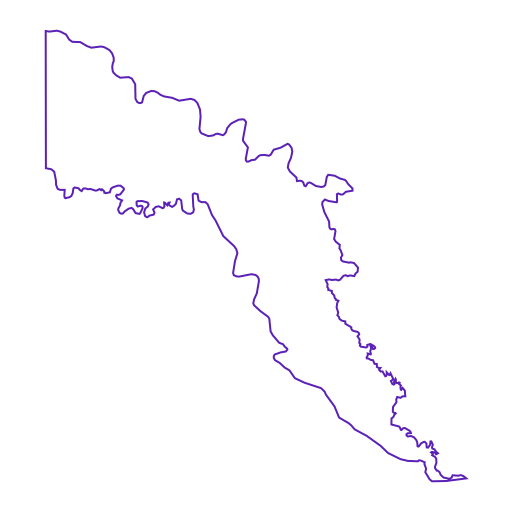 outline of Maraã, Amazonas, Brazil
{"feature_id": "56859067B97723118399656", "entity_name": "Maraã", "entity_type": "district", "adm_level": 2, "iso_a3": "BRA", "parent_name": "Brazil", "parent_adm1": "Amazonas", "projection": "orthographic", "projection_center": [-64.765, -2.613], "detail": "fine", "context": "isolated", "style": "outline", "palette": "violet", "viewbox_px": 512, "rotation_deg": 0, "n_neighbors": 0, "source": "geoboundaries", "source_scale": "gbopen_adm2", "svg_char_len": 6055}
<svg xmlns="http://www.w3.org/2000/svg" viewBox="0 0 512 512"><path d="M294.9,378.2L304.7,382.8L321.0,388.1L324.7,391.7L325.9,394.6L334.5,406.4L339.1,417.6L348.7,423.2L351.2,425.3L354.7,429.4L366.6,435.8L380.7,445.9L388.0,453.0L400.4,459.1L407.8,460.9L417.9,461.3L419.0,460.3L420.6,460.5L424.7,462.3L424.4,464.0L426.1,468.7L425.3,472.2L429.6,479.3L432.0,481.3L446.1,481.0L466.3,478.4L463.3,476.0L460.7,475.1L458.4,475.7L452.6,475.3L451.6,477.7L449.2,478.8L443.5,477.5L440.7,474.9L439.5,472.1L437.5,470.5L436.7,470.6L435.1,468.2L435.0,466.8L436.4,462.9L436.2,458.7L434.9,456.8L432.1,455.2L432.9,454.0L431.1,452.4L431.9,451.9L434.9,452.5L436.1,454.3L437.9,453.3L435.7,451.3L434.6,449.4L432.3,448.5L432.0,447.3L432.8,444.7L431.3,441.4L430.5,441.4L430.1,444.8L428.1,447.6L426.7,447.4L426.4,443.5L424.8,441.8L423.7,441.9L421.1,443.4L418.8,446.4L418.2,446.6L417.5,446.2L417.3,442.7L416.4,440.2L414.2,437.5L411.2,436.0L407.8,436.5L406.5,435.3L406.5,434.1L407.6,433.3L410.9,433.1L410.4,431.6L409.5,430.7L404.8,428.0L403.0,428.3L401.5,430.0L400.8,429.8L399.8,427.3L398.8,426.4L391.4,424.5L391.5,418.5L393.4,416.9L394.4,414.7L395.7,413.4L395.3,412.9L393.6,412.7L392.8,411.6L393.0,407.0L396.5,402.1L396.2,399.7L397.2,397.0L400.6,397.8L402.7,396.3L405.3,396.3L404.8,390.6L402.6,387.9L401.2,389.9L400.8,389.6L400.4,387.3L400.9,385.4L399.2,384.2L399.7,382.8L399.0,382.4L397.0,383.2L396.3,382.9L395.7,381.7L395.9,379.6L395.5,378.8L394.0,381.9L394.5,384.0L393.8,384.6L392.3,383.9L390.9,381.0L393.0,379.5L393.1,378.7L390.5,373.3L389.8,374.9L389.2,375.1L386.7,372.3L386.8,374.7L385.9,376.2L385.3,376.3L382.5,371.4L380.7,371.5L379.1,369.8L380.3,368.0L378.9,368.1L376.9,366.9L376.8,364.0L374.5,363.8L373.0,360.2L370.7,359.9L368.4,358.5L366.8,358.4L366.6,357.4L367.8,355.3L367.7,353.5L370.6,354.4L370.9,353.9L370.2,351.3L371.1,348.4L372.0,347.3L373.0,349.0L374.2,348.9L375.2,348.0L374.7,346.7L373.1,345.5L370.9,347.1L370.5,345.9L371.8,344.8L370.5,344.0L367.3,344.9L367.4,346.7L366.2,347.5L361.0,346.7L359.8,345.6L360.4,344.1L359.3,343.0L359.6,339.5L357.5,336.3L359.2,334.4L358.8,333.0L357.5,331.9L353.4,330.9L352.1,330.1L351.3,328.8L351.3,327.3L345.3,323.7L345.3,321.4L341.9,320.7L339.5,318.9L338.8,316.7L337.4,315.3L338.2,312.5L336.6,307.5L337.2,303.1L338.4,300.8L335.8,299.8L335.7,298.9L334.7,298.0L334.2,295.4L331.9,293.1L331.9,291.0L328.2,289.9L328.4,288.5L327.3,287.2L327.6,284.2L325.7,280.1L329.3,279.4L331.8,280.0L336.0,279.6L338.3,280.4L340.1,279.7L343.5,275.8L345.8,275.2L347.6,276.2L350.0,275.4L354.3,276.1L355.4,273.7L357.6,271.7L358.0,267.6L354.0,263.0L350.5,262.3L349.2,262.7L342.8,261.4L341.2,260.1L341.0,257.5L342.4,255.0L340.5,250.0L339.4,248.5L339.8,244.9L335.8,241.7L334.1,239.0L335.5,231.1L334.8,229.3L333.2,228.9L331.7,229.4L330.2,228.8L329.4,227.3L329.1,221.6L324.2,211.7L322.1,204.1L322.5,202.0L324.9,199.5L328.5,201.0L336.5,202.3L337.1,201.9L336.9,194.2L338.2,193.5L341.1,194.6L343.1,194.3L345.8,191.8L352.5,190.7L352.5,188.5L348.1,184.0L346.2,181.1L344.9,179.9L340.0,178.5L334.6,175.7L328.2,174.8L326.8,176.9L325.3,185.1L323.7,186.5L321.3,187.0L315.9,186.0L310.6,182.8L309.1,182.5L307.6,183.2L305.8,186.2L304.4,185.7L303.2,182.4L301.9,181.2L300.4,180.7L297.0,181.1L296.4,177.5L289.9,171.5L287.8,167.6L288.5,163.4L291.0,157.8L292.3,151.7L291.6,147.9L289.2,144.6L287.6,143.8L280.6,147.7L273.7,149.7L270.7,154.7L268.9,155.7L264.3,154.9L260.4,155.2L258.7,156.0L255.0,159.7L251.6,160.1L248.3,161.6L246.8,161.6L245.8,160.1L245.8,158.6L247.9,147.4L243.2,141.0L242.9,139.5L246.1,122.1L244.3,119.7L242.7,119.3L238.7,119.7L231.7,123.2L230.0,124.6L227.1,128.3L226.0,132.1L224.2,134.4L222.9,135.2L217.8,133.7L216.0,133.9L213.0,135.5L208.2,136.1L201.6,133.4L200.4,132.1L199.4,129.1L200.6,116.8L200.0,109.5L197.4,103.0L194.5,100.0L190.8,98.8L179.2,100.7L172.1,97.8L164.0,96.4L160.4,94.8L157.9,92.8L154.9,91.3L151.4,90.9L146.2,92.9L143.7,96.0L142.1,102.3L140.7,103.1L138.9,102.9L137.3,102.1L135.5,98.9L135.2,84.2L131.9,78.6L128.7,77.1L120.2,77.7L116.3,75.4L113.5,72.7L112.7,71.0L112.2,66.9L112.9,62.9L113.7,61.4L113.7,57.7L112.1,53.4L109.5,50.1L104.9,47.5L102.5,46.7L100.0,46.6L91.3,47.7L86.8,46.0L80.3,42.1L72.3,41.8L69.2,39.6L66.0,34.5L60.4,31.6L56.9,30.7L49.5,31.6L45.7,31.0L45.9,168.2L51.4,169.3L54.2,171.7L55.9,180.3L56.1,184.9L57.7,188.9L60.2,189.9L64.7,189.9L64.3,195.9L64.8,197.7L65.5,198.2L69.7,197.1L71.3,196.0L72.7,193.1L73.4,188.4L74.5,187.5L78.4,188.2L79.9,190.0L81.6,191.1L83.4,188.5L85.4,188.4L87.8,189.2L90.6,189.0L95.4,190.6L96.8,190.5L99.4,189.1L101.1,190.1L101.5,189.3L102.2,189.4L104.3,191.5L104.3,192.7L105.8,193.2L109.9,192.3L110.9,188.8L112.5,187.5L117.5,185.7L120.5,185.7L123.6,188.1L124.0,189.1L123.5,190.2L120.3,194.3L118.5,194.9L116.8,194.7L116.0,196.0L117.4,198.4L122.1,200.4L120.4,203.0L120.1,205.2L118.3,208.5L118.2,210.1L119.6,212.9L121.3,213.7L122.9,213.5L124.7,211.4L128.6,208.7L131.6,207.9L133.1,209.1L135.6,213.1L139.3,213.9L140.0,213.5L142.5,208.5L142.6,206.8L142.0,206.0L140.8,205.7L137.6,206.5L136.7,205.2L136.5,202.0L137.3,201.2L142.1,201.0L147.6,202.5L148.6,204.3L147.8,206.5L145.3,208.5L144.1,212.3L145.0,215.9L146.8,217.2L147.7,217.1L149.2,215.7L153.7,214.6L154.5,212.7L153.1,209.4L155.8,206.9L158.7,206.3L162.7,208.2L163.6,207.8L164.4,206.3L164.1,202.5L164.8,202.6L167.2,205.3L168.4,202.7L169.5,202.6L168.7,204.2L169.3,205.3L172.1,206.9L174.1,205.7L175.9,203.8L177.0,199.4L179.1,198.7L181.2,200.4L182.2,209.1L182.9,210.6L187.3,213.5L190.7,213.8L193.2,212.3L193.9,209.4L193.3,206.6L192.7,194.8L193.3,193.8L194.4,193.3L197.6,194.3L198.5,200.3L199.0,200.9L201.4,202.1L205.4,202.1L207.7,204.3L212.0,215.1L215.5,220.4L223.3,236.1L234.1,246.1L236.3,249.3L237.4,253.2L235.0,261.1L233.1,272.9L233.8,275.2L236.5,276.4L239.1,276.6L251.4,274.2L255.7,275.0L257.7,276.7L258.8,279.0L258.9,281.2L256.8,293.4L254.1,299.3L253.3,303.3L254.0,305.2L260.6,311.3L268.1,316.8L269.3,318.7L270.6,331.4L272.8,335.3L279.2,342.8L283.0,344.2L284.7,346.6L287.1,348.6L287.4,349.5L285.8,351.5L280.6,352.4L274.8,354.5L273.8,356.0L273.8,358.2L275.2,360.3L279.8,363.0L284.7,367.6L289.4,370.3L294.9,378.2Z" fill="none" stroke="#5b21b6" stroke-width="2"/></svg>